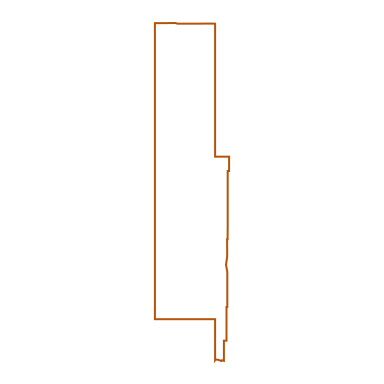 Navajo, Arizona, United States of America (Mercator projection)
{"feature_id": "52423323B83526967033235", "entity_name": "Navajo", "entity_type": "district", "adm_level": 2, "iso_a3": "USA", "parent_name": "United States of America", "parent_adm1": "Arizona", "projection": "mercator", "projection_center": [-110.189, 35.286], "detail": "fine", "context": "isolated", "style": "outline", "palette": "amber", "viewbox_px": 384, "rotation_deg": 0, "n_neighbors": 0, "source": "geoboundaries", "source_scale": "gbopen_adm2", "svg_char_len": 597}
<svg xmlns="http://www.w3.org/2000/svg" viewBox="0 0 384 384"><path d="M154.9,23.1L154.9,52.2L154.9,215.5L154.9,249.2L154.9,249.4L154.9,291.9L154.9,293.6L154.9,319.2L215.1,319.2L215.1,360.1L215.5,359.5L218.3,359.8L221.3,361.0L221.9,360.3L223.9,360.9L223.9,340.7L226.5,340.7L226.5,307.0L227.3,307.0L227.3,291.7L227.3,273.3L227.3,271.8L226.0,264.9L227.2,256.3L227.1,239.2L227.6,239.2L227.7,225.2L227.7,205.1L227.7,171.0L229.1,171.0L229.1,156.7L215.1,156.7L215.1,23.7L213.4,23.6L177.4,23.7L175.8,23.1L175.0,23.0L167.1,23.1L165.0,23.1L154.9,23.1Z" fill="none" stroke="#b45309" stroke-width="2"/></svg>